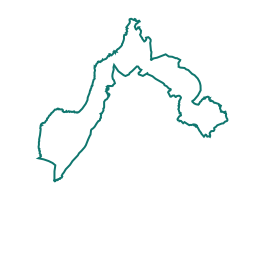 outline of Uvinza, Kigoma, United Republic of Tanzania, rotated 41°
{"feature_id": "72390352B15676475935925", "entity_name": "Uvinza", "entity_type": "district", "adm_level": 2, "iso_a3": "TZA", "parent_name": "United Republic of Tanzania", "parent_adm1": "Kigoma", "projection": "robinson", "projection_center": [30.139, -5.704], "detail": "fine", "context": "isolated", "style": "outline", "palette": "teal", "viewbox_px": 256, "rotation_deg": 41, "n_neighbors": 0, "source": "geoboundaries", "source_scale": "gbopen_adm2", "svg_char_len": 5561}
<svg xmlns="http://www.w3.org/2000/svg" viewBox="0 0 256 256"><g transform="rotate(41 128 128)"><path d="M191.0,84.7L190.9,82.2L191.5,81.9L193.5,82.5L194.6,81.0L195.6,80.9L195.3,80.1L194.2,79.1L193.4,78.8L192.9,77.9L192.9,75.7L194.5,74.2L194.6,73.5L194.3,72.5L193.1,71.6L193.0,71.2L193.6,69.4L193.6,67.4L195.9,63.0L196.9,62.0L197.1,59.5L198.1,57.7L198.0,57.0L197.1,56.1L195.7,55.7L193.8,54.5L193.1,53.2L193.4,52.6L192.7,53.1L191.7,52.8L191.3,53.1L190.8,52.4L191.0,51.9L190.8,51.8L189.8,53.5L188.6,53.6L188.2,54.3L187.4,54.7L186.9,54.0L184.5,52.8L183.5,50.3L182.5,50.9L182.7,51.5L182.0,51.3L181.8,50.4L180.4,50.5L177.0,51.9L176.6,52.4L174.2,52.2L173.7,52.7L172.9,52.7L173.0,53.1L172.5,53.6L171.9,53.1L170.7,53.3L170.3,52.1L170.1,52.5L168.5,51.8L168.3,52.3L168.3,51.9L167.6,52.1L166.6,53.7L166.8,54.7L165.9,54.9L166.5,55.7L166.1,56.3L165.6,56.0L165.3,58.1L165.6,59.8L165.3,61.1L165.9,63.5L165.6,63.8L165.7,64.3L163.9,65.4L161.9,66.0L159.3,65.9L158.9,65.6L159.5,63.2L159.4,57.4L158.1,51.9L154.9,48.4L153.0,47.0L151.4,46.1L148.1,44.9L143.6,44.5L140.8,45.1L135.5,44.7L133.3,45.6L131.3,45.6L127.8,48.1L126.0,48.6L125.6,47.9L123.9,46.4L123.2,45.4L123.2,43.7L122.8,42.4L119.1,43.2L118.2,44.0L114.7,45.2L111.8,47.3L108.1,47.7L103.8,55.9L101.6,58.8L101.0,61.3L100.8,61.4L100.4,61.3L99.5,59.6L98.3,58.7L95.8,55.2L94.6,54.6L88.9,49.2L88.2,47.7L87.3,46.6L86.1,46.2L83.8,46.1L83.2,46.8L82.4,48.0L83.2,48.4L83.8,49.7L83.8,51.4L83.5,52.0L80.0,51.2L79.5,50.7L78.0,50.5L75.9,49.7L75.5,48.2L74.1,46.1L70.7,45.2L70.4,44.6L69.6,45.4L70.0,46.4L69.5,47.4L69.6,48.2L69.1,48.3L66.6,47.0L65.8,44.5L66.4,42.6L66.3,41.2L66.9,40.0L66.1,39.7L65.6,40.3L65.6,40.9L64.0,42.0L63.6,41.7L63.2,41.8L62.6,41.1L62.1,41.1L61.6,41.3L61.7,42.6L58.7,43.5L57.9,44.8L58.2,45.5L59.5,46.3L60.4,47.8L60.7,53.1L62.3,53.2L62.1,54.5L64.1,55.7L64.0,57.5L64.6,57.3L65.2,57.8L65.4,58.9L64.2,60.3L64.8,61.5L66.3,63.1L67.1,64.5L68.3,67.6L68.4,68.6L69.0,69.2L69.2,71.0L68.9,74.4L68.5,75.2L68.4,76.5L68.7,77.1L68.5,77.9L68.9,78.0L68.5,78.2L68.7,78.7L68.3,78.4L68.5,78.8L68.4,78.9L68.8,79.1L68.1,79.1L68.5,79.5L67.8,80.1L68.1,80.2L68.1,80.3L67.5,80.1L68.0,81.6L67.9,84.0L67.4,84.3L65.8,84.1L65.5,84.5L66.1,84.9L66.5,84.7L66.7,85.2L66.7,85.9L65.9,85.9L65.7,86.5L66.1,88.7L66.0,90.3L64.4,93.2L64.0,93.1L64.3,94.4L63.8,95.2L64.0,95.9L63.8,96.4L63.2,96.4L63.0,96.9L62.2,97.2L62.4,97.9L62.3,98.4L62.1,98.4L62.3,98.9L62.2,100.6L62.9,102.1L63.1,103.2L62.3,103.3L63.5,104.9L65.3,106.1L66.4,108.3L67.5,109.3L68.2,110.4L68.8,110.6L69.3,111.7L70.5,112.6L70.4,114.1L71.9,117.3L73.0,119.1L73.3,119.2L73.4,119.9L73.0,120.0L73.1,120.5L74.3,122.5L74.2,123.1L74.9,124.1L74.7,124.5L76.0,126.8L77.6,131.4L79.1,133.5L80.2,137.4L80.8,143.4L80.5,147.8L80.0,149.2L79.6,149.7L79.3,149.5L77.5,151.2L76.7,150.8L76.3,151.4L76.1,151.3L75.2,152.7L74.0,153.1L73.3,154.3L72.3,154.1L71.4,156.0L70.9,156.1L70.4,155.8L70.1,157.1L69.3,158.0L67.7,158.2L67.3,157.6L66.8,157.4L67.0,157.3L67.8,158.1L67.2,157.3L66.0,157.2L64.3,158.7L63.1,158.9L63.0,159.7L62.1,159.7L61.6,161.4L60.8,162.0L60.8,165.5L60.4,167.1L60.7,167.5L60.5,168.4L60.8,169.3L60.4,170.3L61.0,172.8L60.7,173.9L61.5,175.0L61.4,176.9L61.7,178.4L61.0,179.6L60.5,179.9L60.1,181.0L60.0,182.3L60.4,183.2L61.1,182.8L60.8,183.9L62.0,185.8L62.5,185.8L63.1,186.5L66.2,191.0L68.4,194.9L69.6,196.1L69.9,197.0L71.7,199.0L72.8,200.8L74.0,201.9L74.7,201.8L75.3,202.9L76.0,202.9L76.3,203.5L76.9,203.5L78.0,205.2L79.7,205.4L80.0,205.7L79.9,206.2L80.8,206.4L80.9,207.8L80.3,209.6L84.9,207.0L89.8,205.0L94.0,203.9L97.6,203.8L100.9,208.9L105.9,214.7L106.6,216.1L107.6,216.3L108.0,215.8L107.9,214.2L108.2,213.8L108.9,213.7L109.2,213.1L108.9,212.3L109.7,211.4L109.6,210.9L110.0,210.7L109.8,210.2L110.5,208.9L110.2,207.7L109.3,207.5L108.8,205.5L108.8,203.8L108.1,200.0L108.4,193.9L107.8,189.4L108.1,181.6L107.6,179.1L107.9,175.6L107.9,171.1L107.5,168.6L105.4,162.7L104.2,158.6L104.1,157.6L101.6,154.0L101.4,153.0L101.9,151.0L102.0,148.8L101.3,144.9L101.1,142.1L101.6,141.3L101.6,140.4L100.9,139.3L100.9,138.2L100.7,137.8L100.2,137.6L99.2,135.8L97.9,135.3L98.6,133.9L98.0,130.9L96.6,129.5L96.7,128.7L96.3,127.9L92.8,123.9L92.5,121.7L93.1,120.3L93.1,119.1L92.6,117.7L92.8,117.0L91.7,116.4L92.4,115.6L92.3,115.4L91.5,115.7L91.8,115.5L91.7,114.8L90.8,114.7L90.4,115.7L89.9,115.3L88.9,115.3L88.6,114.7L87.2,114.7L87.2,113.6L88.0,111.9L87.8,111.5L87.4,111.5L86.8,112.5L86.1,112.7L86.0,112.0L86.7,111.6L86.9,110.7L86.2,110.8L85.7,110.2L85.0,110.4L85.2,109.4L88.4,106.9L88.8,105.9L88.5,105.3L88.8,102.8L86.0,101.2L84.3,100.9L82.2,99.2L80.8,97.2L78.9,93.3L77.2,91.7L76.2,89.6L83.5,91.5L90.1,91.0L92.0,90.4L93.6,86.9L93.2,85.4L93.8,82.1L94.3,75.7L95.4,75.0L98.1,75.8L99.9,75.3L100.2,77.9L99.8,79.2L100.3,80.1L101.1,80.4L105.1,78.9L106.7,74.0L107.5,74.5L112.5,72.9L116.5,72.8L124.8,71.1L126.5,71.1L127.3,71.7L127.7,71.7L129.7,71.1L132.9,71.4L134.6,70.7L135.1,71.0L135.3,71.8L134.6,73.5L134.8,74.7L139.3,76.5L139.9,76.2L140.5,74.1L141.7,73.1L143.5,73.4L143.8,73.1L144.0,71.7L145.1,70.4L145.8,69.9L147.3,70.0L148.0,70.3L148.3,70.9L149.0,74.3L149.8,74.7L150.4,76.4L151.6,76.9L151.5,78.1L152.1,78.5L152.6,78.5L153.4,79.7L153.3,80.1L153.8,80.9L154.7,81.1L156.0,82.2L157.0,82.3L157.3,82.9L157.9,82.5L158.0,82.9L158.9,83.0L159.0,83.4L159.7,83.8L159.1,85.4L159.1,86.2L159.5,88.7L159.8,89.1L160.6,89.4L162.0,88.7L162.4,89.0L162.7,88.4L163.4,87.9L166.5,88.2L166.8,86.5L172.4,85.7L172.8,84.9L173.9,84.2L174.7,82.8L176.0,82.7L176.9,82.2L178.0,82.4L178.0,82.0L177.3,82.0L176.3,81.5L177.0,81.1L178.6,81.0L178.9,81.2L178.7,82.0L180.7,82.0L183.4,83.1L186.3,83.7L186.9,84.1L191.0,84.7Z" fill="none" stroke="#0f766e" stroke-width="2"/></g></svg>